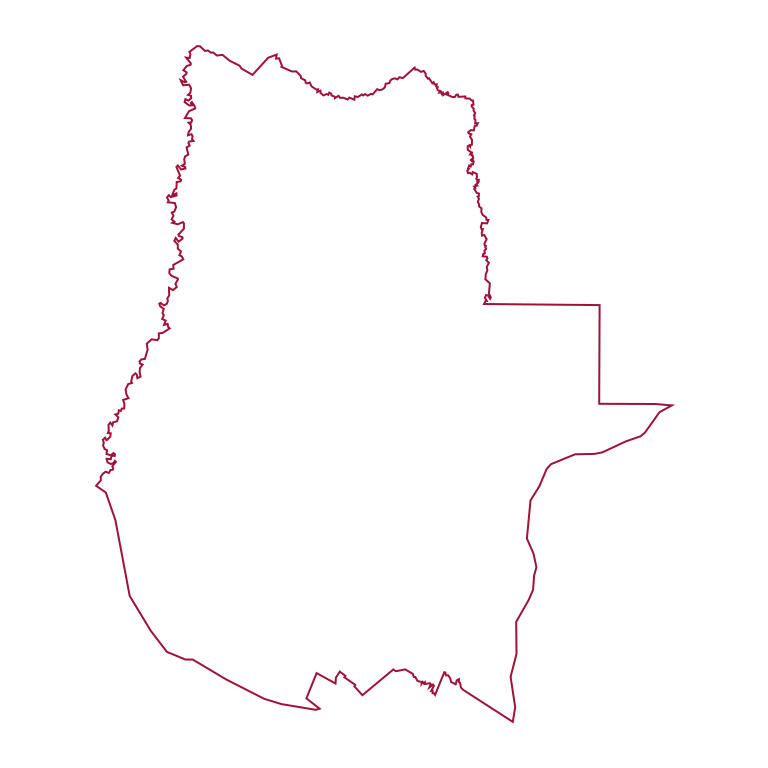 outline of Gualeguaychú, Entre Ríos, Argentina
{"feature_id": "61730980B45570002459681", "entity_name": "Gualeguaychú", "entity_type": "district", "adm_level": 2, "iso_a3": "ARG", "parent_name": "Argentina", "parent_adm1": "Entre Ríos", "projection": "equal_earth", "projection_center": [-58.719, -32.998], "detail": "fine", "context": "isolated", "style": "outline", "palette": "rose", "viewbox_px": 768, "rotation_deg": 0, "n_neighbors": 0, "source": "geoboundaries", "source_scale": "gbopen_adm2", "svg_char_len": 6004}
<svg xmlns="http://www.w3.org/2000/svg" viewBox="0 0 768 768"><path d="M512.8,721.9L515.2,707.3L510.6,676.8L516.5,653.9L516.2,621.8L528.5,600.3L533.1,589.7L534.1,575.6L536.4,567.2L533.5,553.6L526.9,538.5L530.5,500.4L539.3,486.4L546.7,468.9L551.1,464.1L575.1,454.3L594.5,453.9L602.3,452.4L625.8,441.4L640.5,436.3L644.8,432.8L659.5,412.2L671.9,405.4L655.2,404.0L599.2,403.8L599.6,305.1L484.1,304.0L485.5,301.0L486.8,301.0L484.9,297.8L486.1,295.0L488.1,295.5L490.1,298.8L490.8,297.5L488.9,293.3L489.9,283.4L485.4,279.3L485.7,274.7L487.4,270.1L486.7,267.1L488.9,262.8L486.3,260.3L487.4,258.5L486.8,256.7L482.7,256.3L483.3,253.9L484.8,253.4L484.5,250.6L486.1,248.9L485.3,247.3L485.9,246.0L484.7,245.4L484.5,243.3L486.6,239.1L484.3,235.0L482.1,235.6L481.7,232.9L482.7,229.3L481.8,229.6L480.8,227.3L481.9,223.0L487.1,223.4L488.4,220.0L486.5,219.8L486.2,217.5L482.7,214.9L481.3,212.1L481.5,208.3L479.0,206.4L479.2,204.5L477.8,201.9L479.0,198.8L477.7,196.6L478.8,196.2L478.9,193.5L476.9,193.0L474.2,189.0L475.4,188.1L474.1,186.5L477.0,185.7L475.8,184.7L477.6,183.4L477.1,181.1L478.0,182.5L478.7,181.8L478.8,179.8L477.1,180.0L476.3,178.5L477.0,177.3L476.7,173.8L472.7,172.1L472.2,174.3L469.8,172.8L468.1,173.2L467.2,170.8L468.8,168.8L468.1,168.5L469.2,165.5L470.7,166.5L471.4,164.2L473.0,164.4L473.7,161.6L472.9,160.0L471.9,161.1L470.8,160.0L473.2,158.0L472.7,155.6L471.6,155.4L471.9,153.1L470.4,153.9L471.1,152.2L467.7,149.7L467.7,146.3L469.2,145.3L470.2,146.7L470.4,145.1L471.9,144.7L472.0,139.9L470.0,136.6L471.3,134.3L468.7,133.4L468.2,132.2L470.9,130.1L473.9,130.4L474.6,126.2L476.6,125.7L477.8,123.2L475.1,123.4L475.5,120.0L474.3,118.7L474.7,116.2L473.9,115.5L475.2,113.1L473.5,110.4L473.7,108.6L471.7,106.5L471.7,105.1L473.5,104.7L473.0,100.5L471.4,100.4L469.8,98.6L465.4,98.4L465.3,96.5L458.4,96.8L458.0,94.7L456.3,94.7L454.8,97.0L452.7,97.1L447.1,94.7L448.4,93.4L447.7,92.1L443.2,95.1L442.9,92.8L441.7,93.9L441.4,92.3L439.3,92.6L440.3,91.0L437.9,90.3L437.0,88.3L437.7,87.0L436.1,86.4L436.7,84.3L434.4,84.4L433.6,82.2L432.3,83.2L429.0,78.2L428.0,78.7L425.6,75.7L425.8,73.9L423.7,70.9L421.0,71.9L417.3,69.5L415.2,69.6L414.6,67.6L402.8,78.1L399.4,77.2L397.4,79.4L395.0,78.3L392.2,79.0L390.4,80.4L389.4,83.1L385.7,83.7L384.9,87.4L382.4,89.4L379.8,90.2L377.2,89.2L372.7,94.3L370.9,93.9L367.7,95.7L365.0,94.1L363.1,95.4L361.9,94.4L357.8,97.0L354.8,96.3L354.3,99.7L349.3,97.6L347.6,99.5L343.3,97.7L340.2,97.9L338.6,95.8L334.9,98.2L334.7,96.7L331.4,95.4L331.2,93.7L329.3,92.6L328.3,94.8L326.7,94.0L323.4,95.4L320.6,93.0L320.5,90.7L317.3,92.0L318.0,89.3L316.3,89.6L311.4,86.2L309.8,82.5L307.0,83.5L305.7,82.7L305.2,80.3L301.1,78.2L300.7,75.9L296.3,71.4L292.0,71.5L281.5,66.9L282.1,66.3L279.1,58.3L276.0,58.6L276.7,54.6L268.2,57.7L252.5,74.9L241.4,68.5L239.6,65.7L229.8,60.8L222.6,54.9L216.8,55.5L213.3,52.5L211.1,52.7L207.9,50.5L204.9,50.9L200.0,46.3L197.1,46.1L189.4,51.9L190.4,54.4L189.7,58.0L186.1,57.6L190.8,63.3L190.6,64.8L186.7,66.0L183.4,70.2L186.7,72.4L186.3,73.9L183.0,76.7L186.2,81.8L184.9,82.3L180.7,80.2L183.1,85.3L189.1,84.7L191.1,88.3L190.3,92.7L188.0,94.9L191.0,95.8L191.2,98.1L188.5,100.6L185.4,99.1L184.6,102.1L189.3,105.5L192.2,105.3L190.8,102.9L191.9,102.1L194.6,106.0L195.1,108.5L189.0,111.2L184.9,118.1L190.9,118.3L192.1,120.2L191.2,122.6L188.7,122.7L190.8,125.1L191.1,128.6L188.5,132.4L188.0,135.3L191.5,134.2L192.6,136.1L192.0,139.3L193.5,140.9L189.1,141.6L188.4,142.9L189.6,145.7L186.6,147.4L188.3,154.6L185.1,156.4L184.2,159.2L184.8,163.8L181.9,165.7L185.2,167.0L185.4,168.5L181.1,169.5L177.8,165.5L176.4,167.0L180.1,175.6L178.1,178.0L181.1,179.7L180.5,181.4L176.7,182.0L176.4,188.4L174.3,189.8L172.2,195.3L176.4,193.4L176.6,195.5L170.7,197.1L168.9,195.2L167.0,197.4L168.6,200.5L167.8,202.3L174.8,203.0L176.1,207.2L174.3,211.6L171.8,212.5L173.5,215.8L171.6,219.3L174.3,221.6L172.3,222.8L177.8,224.3L183.0,222.1L183.9,223.4L183.9,228.7L178.4,234.6L178.9,235.9L182.4,237.2L182.6,238.5L178.6,241.7L175.7,238.0L174.3,240.9L177.8,244.7L177.8,248.6L181.0,251.5L179.4,255.2L181.8,256.4L183.3,259.3L173.2,265.0L173.6,268.7L169.6,269.4L169.3,273.1L171.3,275.7L177.7,278.5L178.0,279.4L175.4,283.8L176.8,287.0L173.0,290.1L169.0,287.8L169.2,295.5L167.3,298.4L167.9,301.0L166.8,303.8L164.0,305.4L160.5,302.9L159.3,303.6L160.1,306.1L163.8,309.1L162.5,312.9L163.8,315.1L162.2,319.0L165.7,320.6L164.1,324.9L167.6,323.9L168.1,326.8L169.7,328.4L162.4,333.0L158.8,333.4L158.8,338.3L157.3,340.2L151.7,339.3L146.8,343.6L147.6,349.7L144.9,358.9L141.4,359.4L139.5,361.4L140.0,363.5L142.6,364.6L140.0,368.0L139.6,372.1L140.6,376.6L137.4,378.2L136.7,374.5L135.4,373.3L132.4,376.0L131.2,381.4L132.0,383.0L128.3,384.0L125.6,389.3L126.4,394.4L128.5,398.2L123.1,400.0L124.4,403.8L124.2,408.5L121.8,408.6L120.8,410.9L118.8,410.3L118.3,413.7L115.4,414.5L118.3,417.3L117.1,421.3L113.2,422.2L112.4,425.5L110.3,422.6L108.5,424.8L108.8,430.7L107.9,433.0L110.7,433.3L110.3,436.6L107.1,439.9L106.4,440.2L105.2,437.7L102.9,439.7L103.8,443.0L103.0,445.2L104.6,449.0L107.0,450.2L106.5,454.0L110.7,455.3L113.3,453.1L115.0,454.3L114.6,456.0L112.6,455.5L111.3,456.7L110.8,459.2L106.6,458.8L107.6,462.4L110.9,464.0L113.5,463.0L114.9,460.8L115.9,461.9L112.3,466.3L113.2,468.6L112.8,469.7L110.4,470.1L108.9,473.0L105.6,471.7L102.9,473.7L100.7,476.9L100.8,480.4L96.1,485.8L105.8,492.5L115.4,520.1L129.7,596.0L150.9,631.0L166.9,651.9L185.3,659.5L192.6,659.5L226.5,679.6L264.2,698.8L281.4,704.1L315.6,709.8L319.6,708.7L306.4,698.4L316.6,673.1L335.5,683.5L335.9,677.7L339.8,671.6L345.4,675.9L344.4,677.3L355.3,684.9L354.4,686.4L362.4,695.2L393.3,669.5L396.0,671.2L405.2,669.4L412.9,673.9L413.8,677.0L415.4,677.1L417.5,681.0L421.7,682.0L421.6,683.6L422.7,681.9L423.9,683.6L424.9,682.3L425.2,684.0L429.9,683.2L430.7,684.1L429.4,687.4L433.0,684.5L433.9,685.9L431.2,690.9L432.6,690.8L432.6,693.2L434.1,693.3L435.1,694.9L444.3,672.2L445.3,672.5L445.9,675.3L448.1,675.3L450.2,678.3L451.1,682.0L455.7,684.3L456.7,680.4L458.9,679.2L458.8,681.9L460.1,682.8L460.9,687.6L463.4,690.0L512.8,721.9Z" fill="none" stroke="#9f1239" stroke-width="2"/></svg>